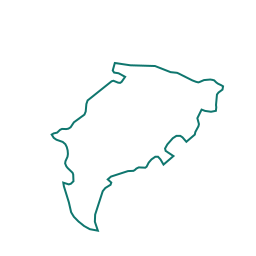 Milano, Natural Earth projection, rotated 139°
{"feature_id": "ITA-5450", "entity_name": "Milano", "entity_type": "Province", "adm_level": 1, "iso_a3": "ITA", "parent_name": "Italy", "parent_adm1": "", "projection": "natural_earth1", "projection_center": [9.132, 45.455], "detail": "fine", "context": "isolated", "style": "outline", "palette": "teal", "viewbox_px": 256, "rotation_deg": 139, "n_neighbors": 0, "source": "natural_earth", "source_scale": "10m", "svg_char_len": 1410}
<svg xmlns="http://www.w3.org/2000/svg" viewBox="0 0 256 256"><g transform="rotate(139 128 128)"><path d="M218.1,70.3L223.2,76.7L225.4,82.7L226.7,89.9L227.1,96.5L226.2,101.7L221.4,110.7L214.6,126.1L212.7,129.2L209.7,124.3L207.7,123.4L204.1,123.6L199.9,128.8L199.2,130.6L199.8,137.3L199.7,139.5L198.7,142.5L196.9,144.0L192.5,146.0L190.4,147.8L188.3,150.6L186.7,153.8L185.9,156.9L186.4,160.3L189.7,166.1L190.5,169.3L189.9,173.1L187.7,172.7L184.5,171.0L180.5,171.2L178.4,170.6L175.3,167.7L173.4,166.6L170.8,166.2L165.1,167.8L152.1,166.7L149.1,168.2L143.7,173.4L140.4,175.3L109.7,174.0L108.0,173.2L105.7,168.7L104.3,167.2L102.6,167.0L96.6,168.5L99.2,175.5L102.1,178.9L101.8,181.4L95.3,185.7L85.1,173.8L67.0,157.1L59.2,142.2L54.8,137.5L54.2,136.3L48.2,121.7L46.4,118.3L45.0,116.3L43.9,115.8L39.2,114.3L34.1,110.6L32.6,108.8L31.7,107.4L31.5,104.5L31.0,102.4L29.6,99.2L28.9,97.1L31.5,95.0L36.4,95.4L38.9,94.9L46.5,87.6L47.8,85.7L50.4,83.3L54.7,85.8L58.6,90.3L60.4,93.6L69.2,89.9L71.9,84.4L73.7,83.1L79.8,80.8L81.9,79.2L93.0,79.3L93.0,85.2L93.7,87.8L96.6,90.3L100.9,90.9L109.1,89.8L113.5,88.2L114.6,86.0L112.1,77.0L125.2,77.1L124.1,83.0L124.2,86.6L126.2,88.4L130.9,88.9L135.1,88.3L139.3,86.6L141.0,86.7L145.7,91.2L148.3,91.9L150.1,91.8L152.0,92.1L156.3,95.5L172.7,102.5L177.0,102.5L176.4,97.8L178.4,96.6L184.5,97.6L188.5,96.9L209.6,84.2L214.5,79.0L218.1,70.3Z" fill="none" stroke="#0f766e" stroke-width="2"/></g></svg>